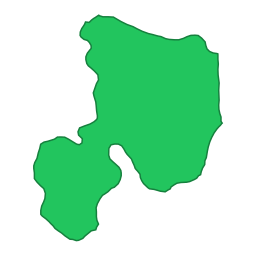 Salyan District, Salyan, Azerbaijan
{"feature_id": "54616110B55207089168458", "entity_name": "Salyan District", "entity_type": "district", "adm_level": 2, "iso_a3": "AZE", "parent_name": "Azerbaijan", "parent_adm1": "Salyan", "projection": "equal_earth", "projection_center": [49.031, 39.666], "detail": "fine", "context": "isolated", "style": "filled", "palette": "green", "viewbox_px": 256, "rotation_deg": 0, "n_neighbors": 0, "source": "geoboundaries", "source_scale": "gbopen_adm2", "svg_char_len": 2585}
<svg xmlns="http://www.w3.org/2000/svg" viewBox="0 0 256 256"><path d="M217.8,53.8L216.7,53.5L213.2,53.0L209.6,51.5L207.0,48.9L205.8,45.4L205.1,41.9L201.6,38.1L198.2,35.5L195.1,35.2L190.8,35.4L187.0,36.7L183.4,38.4L178.8,39.8L174.7,39.8L169.1,39.4L165.7,38.7L161.0,36.6L157.8,36.0L152.4,34.5L148.5,33.6L142.2,31.3L136.8,28.7L133.1,26.7L127.0,24.5L121.1,21.6L116.8,19.1L113.4,17.1L107.9,16.8L102.9,16.8L98.5,15.5L98.5,15.4L98.0,15.7L95.0,17.7L93.6,18.5L91.5,20.1L89.2,22.4L85.5,22.0L84.6,24.3L83.1,26.6L81.8,28.5L80.3,32.0L80.1,35.4L81.1,37.1L84.0,39.4L87.4,40.4L89.4,42.5L91.1,45.5L91.2,48.4L89.6,50.3L87.3,53.3L85.9,56.8L85.9,59.7L86.8,63.5L88.3,65.8L90.9,67.9L94.4,71.0L97.9,74.8L98.5,80.0L96.5,83.6L94.7,88.8L93.3,92.9L94.0,96.1L95.8,102.0L96.2,105.7L96.6,110.8L97.4,115.8L97.3,118.4L96.5,119.6L94.0,121.8L90.1,124.0L84.4,126.0L79.6,127.9L78.0,131.8L78.6,135.1L82.3,138.7L82.0,142.9L79.4,144.7L76.7,144.2L72.8,141.8L68.4,139.1L64.7,137.2L60.7,137.0L57.4,137.1L54.4,139.2L49.0,140.9L48.1,141.2L44.0,142.1L41.8,143.5L40.7,144.2L39.7,148.7L38.3,152.9L37.0,158.4L34.8,162.5L33.8,165.8L33.8,168.5L34.4,172.9L34.4,178.6L37.1,182.2L40.4,185.6L43.8,188.6L45.4,193.4L44.9,198.6L43.7,201.8L41.7,206.1L40.8,210.4L40.8,213.9L40.8,214.3L41.2,214.9L42.4,216.2L45.9,218.8L49.2,221.8L50.7,223.5L53.0,225.7L55.1,228.5L58.4,230.9L61.6,233.0L64.9,235.8L69.9,239.2L72.8,239.4L76.3,240.6L78.6,240.3L82.8,238.4L84.8,236.2L87.3,234.1L91.3,230.8L95.8,229.8L96.6,227.1L98.5,224.1L96.9,220.3L96.4,216.7L96.4,211.8L96.1,207.8L97.4,203.6L100.1,198.6L102.5,195.3L104.8,193.9L108.0,191.7L111.4,188.3L114.4,187.2L118.2,183.7L120.2,179.6L121.2,175.7L121.2,173.0L120.8,170.4L118.9,167.2L115.4,164.0L112.9,161.8L109.9,158.9L108.7,155.2L108.8,149.6L108.9,148.3L111.0,144.8L114.8,144.0L118.4,144.1L121.7,145.8L123.8,148.8L125.5,152.0L127.1,154.3L131.4,158.9L132.6,161.9L134.2,165.4L135.3,168.6L137.5,171.0L140.0,174.2L140.4,177.6L141.7,180.6L143.6,183.6L145.6,185.5L147.8,187.6L149.5,188.8L154.1,189.4L157.0,190.2L160.4,191.2L165.2,191.8L168.0,190.0L170.2,188.9L171.1,186.9L174.0,184.9L176.9,183.2L180.9,182.5L186.6,182.2L189.6,181.6L194.4,179.5L196.7,178.2L198.5,175.7L200.6,174.7L200.8,173.6L201.3,171.5L202.6,168.0L204.7,164.6L204.9,160.7L206.3,157.7L207.3,151.5L208.2,147.1L209.8,141.8L211.8,137.2L212.8,135.4L214.1,132.9L215.9,130.4L216.8,129.1L218.8,126.8L220.4,125.3L221.5,123.8L222.2,123.1L221.0,121.3L221.0,117.0L219.8,113.6L218.9,109.4L218.7,105.1L219.1,100.2L218.7,90.2L219.1,83.0L218.1,75.0L217.9,69.4L218.3,64.0L217.9,59.4L217.9,54.8L217.8,53.8Z" fill="#22c55e" stroke="#15803d" stroke-width="1.5"/></svg>